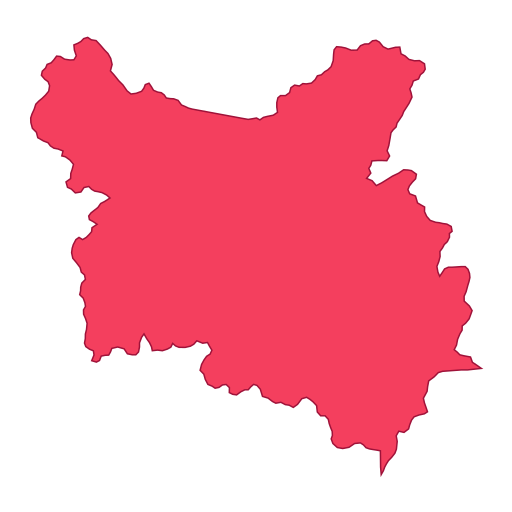 Cachoeiro de Itapemirim, Espírito Santo, Brazil (Albers equal-area conic projection)
{"feature_id": "56859067B37566088489442", "entity_name": "Cachoeiro de Itapemirim", "entity_type": "district", "adm_level": 2, "iso_a3": "BRA", "parent_name": "Brazil", "parent_adm1": "Espírito Santo", "projection": "albers", "projection_center": [-41.196, -20.779], "detail": "fine", "context": "isolated", "style": "filled", "palette": "rose", "viewbox_px": 512, "rotation_deg": 0, "n_neighbors": 0, "source": "geoboundaries", "source_scale": "gbopen_adm2", "svg_char_len": 4943}
<svg xmlns="http://www.w3.org/2000/svg" viewBox="0 0 512 512"><path d="M37.8,137.7L43.5,141.0L48.0,142.7L50.4,145.9L53.9,148.2L58.1,149.0L63.0,151.0L61.8,155.9L65.4,156.8L69.9,160.0L73.5,164.3L72.1,169.6L70.8,173.4L70.6,178.6L66.0,181.9L67.5,187.3L71.4,189.1L75.3,192.9L80.9,192.0L84.0,187.5L88.8,186.5L91.6,189.3L94.7,191.1L98.1,191.7L102.0,192.6L106.6,195.0L110.0,198.0L104.6,201.5L100.7,203.5L97.9,207.5L94.2,210.4L90.9,213.0L88.7,216.0L89.4,219.6L93.3,221.7L97.1,224.3L92.0,227.7L91.6,231.7L89.1,234.6L86.3,237.4L82.6,239.6L79.0,237.4L75.9,239.6L73.3,244.6L72.2,248.2L71.6,252.7L72.8,258.3L76.5,262.7L80.1,267.5L81.3,272.1L84.5,274.9L85.4,279.4L81.8,283.1L80.7,287.2L80.6,290.8L79.7,294.7L83.2,298.1L84.9,302.7L85.5,306.4L83.5,309.9L83.6,314.2L85.6,318.7L87.1,323.3L86.5,329.5L85.4,334.0L85.3,338.7L84.5,343.1L85.8,346.6L89.5,349.2L93.4,350.8L94.0,355.0L91.7,360.7L96.4,362.1L99.5,360.5L101.2,356.1L105.1,355.3L108.7,355.1L110.5,351.9L111.8,348.4L117.7,347.0L124.1,348.8L127.4,353.8L132.3,354.8L135.8,354.8L138.5,352.0L139.5,347.0L139.5,342.8L141.6,337.3L144.0,333.9L146.8,338.8L149.5,342.6L151.5,346.8L152.3,350.7L157.5,350.1L162.4,350.7L167.3,349.1L170.8,347.2L172.7,343.4L175.5,345.9L179.0,347.3L185.1,347.4L190.4,346.2L193.8,344.2L196.8,340.8L202.7,343.2L207.5,342.5L209.6,346.4L211.9,350.2L210.1,354.1L206.6,356.3L204.1,359.8L201.6,364.4L200.1,370.3L203.8,374.1L205.3,379.4L207.9,384.4L212.2,386.2L215.1,388.2L219.0,387.4L222.5,384.9L226.2,384.5L229.4,387.6L229.3,392.6L232.7,394.3L236.6,394.9L240.8,391.8L244.8,389.8L248.2,389.8L250.8,386.8L253.6,384.4L257.0,385.4L260.3,389.2L262.5,396.4L268.1,398.1L272.5,401.5L275.8,403.2L280.9,402.3L285.3,404.6L289.2,405.2L293.3,407.4L297.5,404.4L301.8,398.7L306.6,397.3L309.9,399.3L313.0,401.8L316.6,405.6L317.3,412.0L320.7,415.8L325.1,415.8L328.3,419.3L329.2,423.5L330.6,427.5L332.2,431.4L332.4,435.5L331.2,438.9L332.9,443.5L337.3,447.5L342.7,448.5L349.0,447.3L354.6,443.5L360.4,442.9L363.5,444.9L366.0,447.7L369.4,448.9L372.8,449.5L376.7,450.1L380.4,450.8L380.5,458.4L380.6,467.1L381.2,474.6L383.4,470.7L384.7,467.1L386.4,463.9L388.4,460.7L391.6,457.4L394.9,453.2L396.4,449.2L397.2,441.4L396.2,435.8L398.8,431.2L404.0,432.4L408.6,428.9L409.7,424.8L411.6,420.0L414.1,416.8L419.0,415.0L424.4,413.8L427.5,411.8L425.7,406.5L424.4,402.8L423.4,398.2L427.1,391.3L427.6,386.7L428.7,380.9L434.2,376.8L438.3,372.6L442.6,371.3L461.6,369.9L467.6,369.9L481.3,368.4L477.2,365.5L472.4,362.3L470.5,357.0L464.0,355.8L459.8,354.8L457.3,352.2L454.2,349.7L456.5,345.1L457.6,339.3L460.0,333.6L462.1,330.2L462.2,325.9L465.6,323.2L469.1,318.9L470.6,314.8L472.1,310.6L469.4,306.0L464.2,301.1L464.1,296.3L466.1,291.7L467.8,285.4L469.0,281.5L469.9,277.5L469.5,273.4L468.0,269.3L465.2,266.6L461.4,266.6L457.1,266.9L452.3,267.2L448.4,267.2L444.6,268.9L442.3,272.5L439.7,276.3L437.9,272.1L436.9,266.4L438.8,261.6L440.1,256.5L439.9,251.5L442.5,247.9L444.3,244.5L447.3,241.7L449.5,237.2L449.4,233.5L452.1,231.3L451.2,226.5L446.9,224.1L442.7,223.5L439.2,222.7L435.7,222.3L430.2,220.4L426.7,216.4L424.5,211.6L424.6,207.0L421.6,205.3L417.5,202.9L415.5,196.0L409.7,193.8L407.9,189.6L409.4,185.9L412.4,182.1L415.6,178.8L416.4,174.2L411.4,170.6L407.9,170.0L403.6,169.8L398.6,173.2L392.5,176.1L387.1,179.5L381.6,182.9L376.3,185.6L372.1,180.7L366.6,178.4L370.8,173.1L368.8,168.4L370.8,165.2L371.9,160.9L378.0,160.5L381.5,160.5L386.8,160.7L389.6,156.0L387.1,150.8L388.8,145.5L390.1,138.1L391.0,132.7L393.1,129.9L396.1,127.0L397.0,123.2L399.6,119.4L402.2,115.5L403.7,111.6L406.3,107.6L409.0,103.4L412.0,97.1L411.1,92.9L409.8,88.9L412.0,85.2L413.3,81.0L418.5,79.0L420.4,74.7L423.4,72.3L425.2,69.2L424.5,63.8L419.5,60.6L414.5,60.8L408.9,59.4L405.2,56.0L401.0,53.8L399.8,47.1L395.4,47.3L391.4,48.3L388.0,49.1L383.1,46.7L379.4,42.1L376.1,40.3L372.5,40.8L368.8,43.9L364.6,44.0L360.5,45.7L357.1,50.1L351.2,50.2L345.6,48.0L341.2,47.1L336.6,46.7L334.1,49.8L333.6,54.2L333.2,60.7L331.1,66.7L327.8,69.9L324.7,71.7L321.4,74.8L317.4,75.8L315.2,79.6L311.5,83.1L306.3,83.9L302.8,83.6L299.4,86.0L294.6,85.1L290.9,87.7L289.6,92.6L285.5,95.6L280.5,95.6L277.9,97.8L276.8,102.6L276.8,107.1L277.5,112.4L273.3,115.2L267.3,116.4L263.4,117.4L259.9,119.9L256.5,118.0L252.0,118.8L248.2,119.4L241.4,118.2L192.2,109.1L188.5,108.1L185.1,106.5L181.5,105.0L178.1,100.4L173.7,98.8L170.0,98.6L166.3,98.0L164.2,94.9L161.3,92.7L157.7,92.1L153.5,90.3L151.4,86.7L149.0,83.2L145.3,84.6L143.9,88.1L141.6,91.3L136.2,93.3L131.0,94.0L127.1,90.9L122.9,84.9L118.6,80.6L116.0,77.3L113.6,74.4L110.4,70.9L112.1,64.5L110.7,58.4L108.0,53.6L104.7,50.2L100.5,45.3L96.1,40.6L91.3,39.8L87.7,37.4L83.7,38.6L80.9,41.5L77.8,43.3L73.9,44.9L74.4,50.1L76.3,55.9L73.9,59.8L70.1,60.0L64.6,59.2L60.4,56.5L56.6,56.1L53.8,59.9L51.2,62.8L47.1,64.4L45.6,68.0L42.3,71.2L41.4,75.3L44.8,79.3L48.1,81.7L49.6,85.7L48.7,91.2L45.5,95.1L42.2,98.3L38.8,101.1L35.8,104.2L34.2,109.2L32.0,114.0L30.7,118.0L30.9,122.7L32.4,128.3L36.4,132.3L37.8,137.7Z" fill="#f43f5e" stroke="#9f1239" stroke-width="1.5"/></svg>